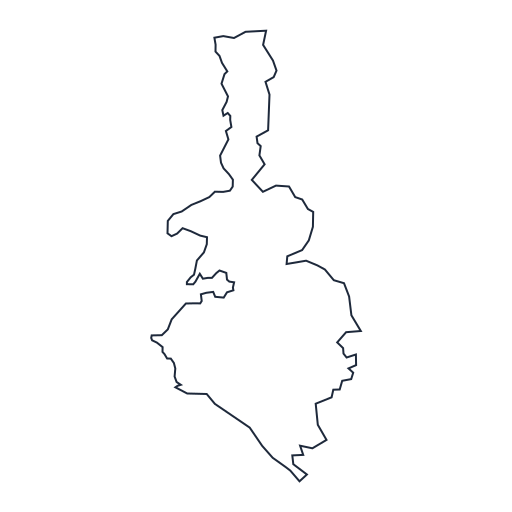 the district of Payarik, Samarkand, Uzbekistan
{"feature_id": "79887680B84985398573177", "entity_name": "Payarik", "entity_type": "district", "adm_level": 2, "iso_a3": "UZB", "parent_name": "Uzbekistan", "parent_adm1": "Samarkand", "projection": "albers", "projection_center": [66.843, 40.084], "detail": "fine", "context": "isolated", "style": "outline", "palette": "slate", "viewbox_px": 512, "rotation_deg": 0, "n_neighbors": 0, "source": "geoboundaries", "source_scale": "gbopen_adm2", "svg_char_len": 2052}
<svg xmlns="http://www.w3.org/2000/svg" viewBox="0 0 512 512"><path d="M175.4,387.3L187.2,393.5L206.7,394.0L214.9,403.9L249.7,427.6L262.2,445.9L272.7,457.8L285.6,467.0L290.3,470.6L299.5,481.3L306.9,474.5L293.3,464.2L292.3,455.4L303.2,454.9L300.1,445.7L312.4,448.3L326.5,439.9L317.8,424.8L315.7,403.7L331.6,397.3L333.3,389.7L339.7,389.5L342.2,380.8L351.2,379.1L353.2,372.7L348.5,368.4L356.1,365.1L355.9,354.5L346.6,357.5L343.5,353.6L343.1,348.1L337.2,342.4L346.1,332.2L360.8,331.0L351.4,315.3L349.1,296.5L344.0,283.2L333.8,280.2L324.9,269.5L317.4,265.4L306.1,260.7L286.6,264.0L287.3,256.3L302.1,250.1L308.8,240.4L312.9,226.8L313.2,211.9L307.9,209.0L302.2,199.5L295.2,197.1L289.0,186.5L276.0,185.6L262.9,191.8L251.8,179.9L264.6,164.3L259.4,155.4L260.7,146.1L257.5,143.2L256.6,136.6L268.1,130.3L269.5,94.6L265.5,81.8L273.7,77.1L276.5,70.6L273.0,60.6L263.1,44.9L266.1,30.7L245.5,31.8L234.0,38.0L223.3,36.1L214.4,37.7L215.6,44.7L215.5,51.6L219.5,55.9L222.0,62.9L227.3,71.4L224.5,74.1L221.5,83.7L228.0,96.4L226.6,101.9L222.3,110.1L223.5,115.7L227.7,113.0L230.3,115.9L230.2,120.0L231.4,127.0L225.9,131.0L228.4,139.4L220.1,155.6L221.0,162.7L223.6,168.4L228.9,174.1L232.9,179.7L232.7,186.6L229.9,190.7L223.1,191.9L214.9,191.7L209.3,197.1L201.0,201.0L191.4,204.9L181.7,211.5L173.4,214.1L167.8,220.9L167.6,229.2L167.5,233.3L171.5,236.2L177.1,233.6L182.6,228.2L190.8,231.2L200.2,235.6L207.0,237.2L206.8,244.2L203.9,252.4L196.9,260.5L195.3,268.8L194.0,274.7L190.7,277.3L186.9,282.0L186.9,284.2L193.2,284.3L195.4,281.7L199.8,273.8L202.9,278.7L207.6,277.9L211.9,277.9L216.3,273.1L219.5,270.5L226.3,272.9L227.0,279.6L229.3,281.6L234.1,282.3L232.9,287.6L233.4,290.3L227.0,292.3L223.7,297.6L215.2,296.8L213.2,291.9L206.3,292.8L200.9,294.3L201.7,301.0L200.2,303.4L194.9,303.3L185.9,303.5L171.7,319.3L167.8,329.4L161.8,335.2L151.7,335.4L151.2,337.9L152.1,340.3L156.9,342.6L162.6,347.1L162.5,351.9L164.5,354.1L167.1,358.5L170.8,358.6L173.9,363.0L175.3,368.5L174.6,376.5L176.6,382.0L180.8,384.8L177.6,385.8L175.4,387.3Z" fill="none" stroke="#1e293b" stroke-width="2"/></svg>